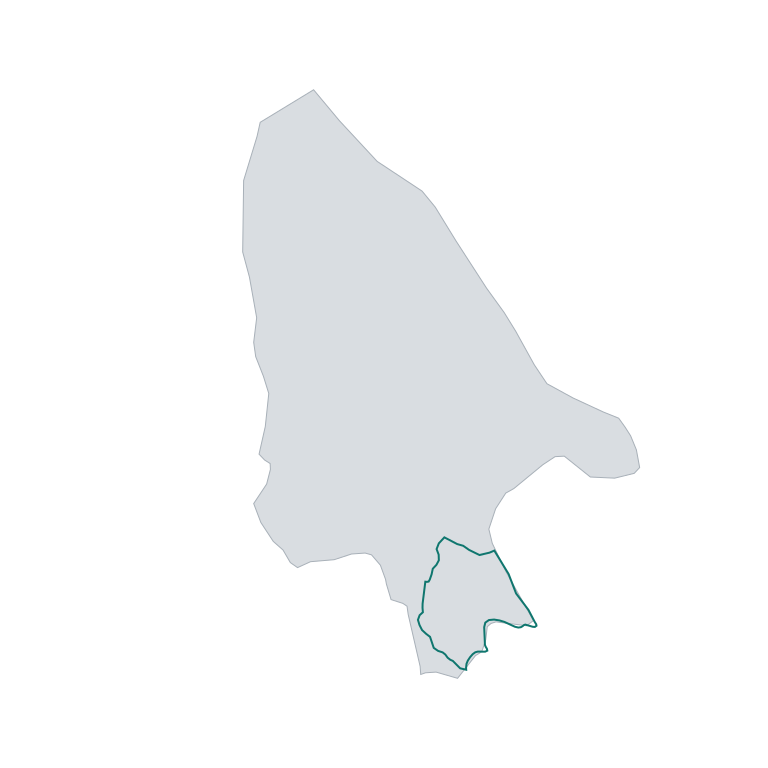 Kirundo highlighted on a map of Burundi, rotated 147°
{"feature_id": "BDI-2643", "entity_name": "Kirundo", "entity_type": "Province", "adm_level": 1, "iso_a3": "BDI", "parent_name": "Burundi", "parent_adm1": "", "projection": "equal_earth", "projection_center": [30.179, -2.549], "detail": "fine", "context": "in_parent", "style": "outline", "palette": "teal", "viewbox_px": 768, "rotation_deg": 147, "n_neighbors": 0, "source": "natural_earth", "source_scale": "10m", "svg_char_len": 2010}
<svg xmlns="http://www.w3.org/2000/svg" viewBox="0 0 768 768"><g transform="rotate(147 384 384)"><path d="M511.4,120.4L507.5,127.5L489.2,177.6L485.7,185.1L487.7,189.8L495.5,199.3L490.9,215.0L489.1,219.3L485.7,234.0L487.5,247.5L491.9,252.5L503.8,259.1L521.5,263.8L542.4,275.0L556.5,277.1L559.8,285.2L559.1,299.7L562.6,312.3L562.7,334.9L558.4,354.7L536.9,364.0L525.8,374.2L522.8,379.3L525.5,385.2L527.0,393.2L506.7,413.0L485.8,438.8L480.9,456.2L476.7,476.8L470.6,489.9L454.7,508.9L438.6,547.0L430.6,571.7L390.9,631.1L355.6,660.8L345.3,670.9L282.8,669.1L278.0,629.1L268.5,574.4L247.0,525.0L244.7,504.4L245.7,464.6L245.8,408.5L244.3,378.4L244.8,356.5L247.5,318.3L247.2,295.5L233.0,269.2L215.4,241.2L205.8,227.5L205.3,216.4L205.4,206.2L208.2,191.3L215.1,174.7L222.8,172.8L241.8,179.4L261.6,193.6L272.1,225.3L280.1,229.9L294.7,229.8L332.0,225.6L341.3,226.2L358.3,218.6L375.1,205.2L380.0,191.3L383.9,160.2L387.5,104.2L396.1,103.6L419.6,123.5L424.7,124.9L429.6,124.2L437.8,114.3L447.8,106.2L455.2,106.4L482.6,97.1L497.2,114.0L506.5,119.2L511.4,120.4Z" fill="#d9dde1" stroke="#a8b0b8" stroke-width="1"/><path d="M453.6,109.3L456.8,109.1L460.6,108.0L464.3,106.4L467.2,104.4L469.8,101.2L470.7,99.6L475.0,104.1L477.1,114.3L478.6,116.6L479.7,119.8L479.9,123.7L481.0,127.0L484.0,130.7L486.0,135.6L483.1,146.9L484.7,151.4L486.1,156.9L485.5,162.5L484.0,167.7L480.0,170.7L475.7,171.4L473.6,175.3L471.3,178.7L457.0,195.7L455.8,194.7L454.2,194.0L452.2,195.0L447.8,198.4L443.7,202.5L438.5,203.8L434.0,206.3L431.1,211.1L429.8,216.9L424.8,220.5L416.9,222.5L409.8,209.9L405.7,205.2L403.0,198.5L397.1,188.6L387.4,185.1L382.2,184.2L383.0,156.7L387.3,136.4L385.9,115.8L387.2,102.1L387.2,99.6L387.8,98.2L389.8,98.1L391.4,99.3L392.8,100.9L393.1,101.3L396.6,105.3L398.1,105.6L399.8,105.4L401.7,105.5L404.0,106.6L406.4,109.1L412.6,118.9L415.9,122.8L420.0,126.5L424.6,128.9L429.0,128.7L432.4,125.5L441.4,110.3L441.8,108.5L441.9,105.9L442.6,104.1L444.9,104.4L451.1,108.5L453.6,109.3Z" fill="none" stroke="#0f766e" stroke-width="2"/></g></svg>